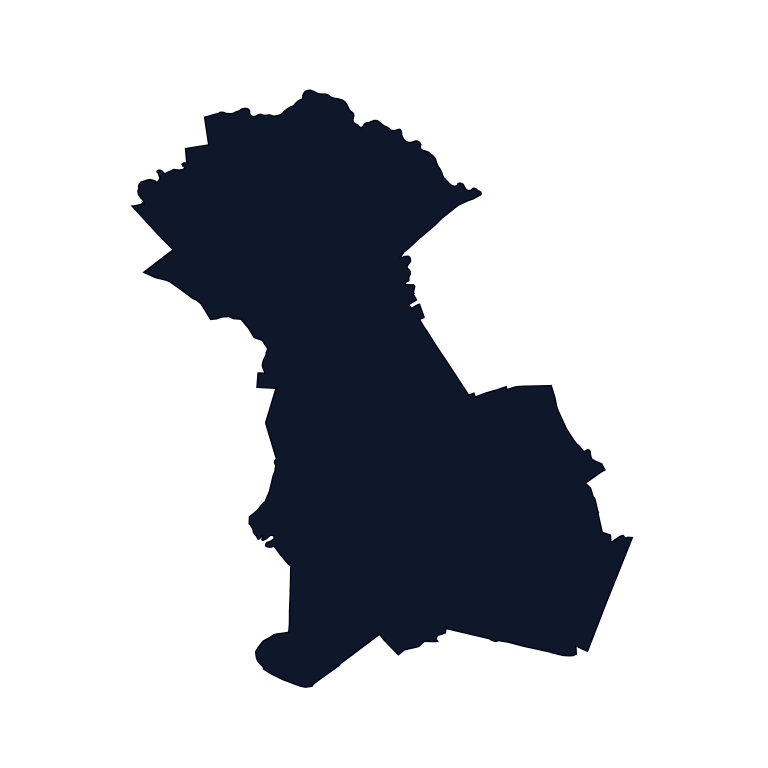 outline of Sintea Mare, Arad, Romania, rotated 169°
{"feature_id": "2599482B97863351949549", "entity_name": "Sintea Mare", "entity_type": "district", "adm_level": 2, "iso_a3": "ROU", "parent_name": "Romania", "parent_adm1": "Arad", "projection": "equal_earth", "projection_center": [21.626, 46.508], "detail": "fine", "context": "isolated", "style": "filled", "palette": "ink", "viewbox_px": 768, "rotation_deg": 169, "n_neighbors": 0, "source": "geoboundaries", "source_scale": "gbopen_adm2", "svg_char_len": 6162}
<svg xmlns="http://www.w3.org/2000/svg" viewBox="0 0 768 768"><g transform="rotate(169 384 384)"><path d="M400.5,686.5L403.4,686.6L405.4,686.2L406.7,685.2L407.7,684.1L408.6,682.6L408.8,681.2L409.8,679.2L412.7,678.7L414.1,678.3L417.4,676.2L418.9,674.9L419.8,674.4L421.3,673.9L423.0,673.8L426.5,672.4L430.7,670.1L432.0,668.9L433.9,668.1L435.2,667.9L439.3,667.8L441.3,667.9L442.5,668.5L444.3,669.7L446.3,670.1L449.1,670.3L450.5,670.5L451.8,671.1L453.2,672.1L454.7,672.3L456.5,672.1L458.7,671.2L461.3,671.4L462.7,672.2L463.6,673.2L464.3,675.1L463.9,678.3L464.7,679.5L465.4,680.2L467.3,680.9L468.5,681.1L470.9,681.1L474.6,679.6L477.4,679.3L479.3,678.6L481.8,678.4L484.4,678.9L487.6,679.7L489.3,681.0L490.5,681.5L493.1,681.9L495.0,681.0L498.4,681.0L505.3,680.3L509.2,680.1L510.4,652.2L510.6,652.1L533.9,652.9L535.4,638.4L538.2,639.2L539.6,638.8L540.3,638.2L540.0,637.8L540.0,637.2L539.7,636.1L538.8,635.7L538.1,633.9L538.7,633.5L540.8,632.9L544.4,633.0L549.1,634.6L550.5,634.4L553.6,633.5L555.3,633.3L556.5,632.9L557.7,632.3L559.0,632.4L559.8,632.8L561.1,635.1L563.1,636.7L564.1,636.8L565.7,636.4L566.4,635.6L565.3,633.9L565.0,630.9L564.5,628.9L565.6,627.5L567.6,625.5L568.1,624.8L569.1,625.6L569.7,626.8L572.2,628.2L574.4,629.2L577.1,629.4L584.1,628.5L586.1,626.9L587.1,625.1L587.4,622.5L588.7,620.4L588.9,616.9L588.0,615.3L587.2,613.1L585.4,610.4L585.3,608.7L585.2,607.0L586.1,607.7L586.0,607.4L588.5,606.6L594.6,606.4L597.3,606.7L577.8,575.0L565.3,555.9L573.9,551.8L598.4,539.5L588.4,532.3L577.5,527.3L574.5,525.1L564.6,514.7L555.4,504.5L551.9,502.1L548.2,497.6L541.8,480.5L535.8,480.0L530.3,480.8L523.6,479.9L519.1,476.9L511.9,474.9L508.3,468.1L506.4,465.0L502.9,455.3L502.3,454.3L495.3,450.2L494.7,449.7L493.8,446.5L491.7,442.2L491.5,440.4L492.7,438.5L493.6,437.4L494.0,435.4L498.1,429.8L499.8,425.9L499.9,424.0L499.5,421.6L498.6,417.3L505.5,418.8L509.3,405.0L490.1,400.3L491.9,398.3L507.4,368.8L507.5,367.3L503.9,331.1L504.3,330.5L505.4,329.9L506.2,328.7L506.5,327.6L505.8,324.7L506.1,323.3L507.0,321.4L507.6,319.2L510.0,315.7L516.7,300.8L523.4,290.8L525.2,290.2L532.8,283.9L537.8,281.1L541.4,279.2L543.0,272.4L542.3,271.8L540.5,267.2L540.3,266.1L540.5,263.7L539.5,260.8L538.3,259.3L537.6,257.2L537.5,256.2L537.1,255.8L536.5,255.7L535.9,255.9L533.7,257.6L532.9,257.8L532.5,257.7L532.3,257.3L532.4,256.7L533.0,255.9L533.5,254.8L533.4,254.3L533.0,253.8L532.5,253.7L529.5,254.5L528.1,255.1L526.3,256.3L524.9,256.9L524.2,257.1L523.0,257.0L522.0,256.6L521.4,256.0L521.1,255.1L521.1,253.8L521.5,253.0L522.5,252.4L525.3,251.3L528.9,250.7L529.8,250.2L530.5,249.4L531.0,248.2L530.9,247.6L530.4,246.9L529.3,246.3L527.7,245.8L526.5,245.5L525.3,245.5L523.8,245.8L522.8,245.7L517.5,234.7L512.4,225.9L510.1,223.3L510.8,220.3L514.8,201.6L515.7,198.6L515.6,197.8L519.9,179.7L522.6,166.3L524.8,158.7L526.2,158.5L527.8,158.5L537.2,159.0L539.9,158.9L542.8,157.5L551.2,154.8L551.8,154.5L557.7,149.4L560.7,146.1L561.0,145.3L561.2,144.1L561.4,140.4L561.2,137.7L560.2,134.8L558.7,132.4L556.4,129.1L556.3,127.9L556.7,127.4L555.4,126.0L550.0,121.0L539.6,113.1L523.9,103.5L519.2,101.5L517.1,101.3L512.2,101.1L511.2,102.5L505.6,105.4L481.2,116.6L480.9,117.5L436.2,139.2L434.0,135.3L433.2,133.4L421.6,115.5L414.7,119.2L400.2,119.7L395.2,122.8L393.4,123.7L383.3,121.5L380.5,121.3L381.7,123.3L381.6,123.8L379.6,127.2L374.8,127.4L372.7,128.0L371.3,128.0L369.8,132.2L329.1,113.9L328.0,112.6L326.1,111.3L323.4,110.0L322.6,110.0L321.0,110.3L320.0,110.2L317.2,109.1L311.7,107.1L297.2,100.1L271.9,89.2L270.4,88.2L260.2,83.5L254.1,81.9L250.5,81.4L246.7,82.2L245.9,89.2L245.3,90.1L235.3,82.8L207.3,127.4L169.6,185.8L174.3,187.0L175.6,186.6L176.7,186.6L178.1,189.6L179.6,189.6L181.4,189.3L190.5,185.5L191.2,185.9L191.4,186.8L190.7,191.1L190.6,192.5L198.1,196.8L198.7,216.8L198.1,217.0L198.4,218.3L199.0,231.4L200.3,233.5L201.1,242.2L205.3,248.3L187.7,256.2L183.6,257.5L185.5,263.9L192.2,268.6L194.5,270.8L194.9,274.7L194.6,278.8L195.2,280.0L196.5,280.6L200.8,279.4L204.8,286.6L206.0,287.8L208.2,291.9L213.5,305.2L218.1,324.1L218.8,328.7L218.9,338.3L220.2,350.5L220.6,350.5L247.3,355.1L253.3,355.9L256.1,356.0L264.6,355.0L264.5,358.0L274.9,356.6L284.9,355.8L297.0,353.8L297.5,357.8L303.1,356.8L303.1,357.1L316.8,390.6L326.3,413.3L331.8,427.7L333.3,430.8L336.5,439.5L336.9,440.7L332.5,441.5L332.0,441.8L332.0,442.3L334.0,455.5L336.1,455.2L342.5,453.1L344.7,457.2L336.0,460.4L338.2,466.5L337.3,467.1L337.6,468.5L335.2,474.0L335.9,475.6L343.4,477.2L344.1,478.2L344.2,479.3L342.9,479.9L340.4,480.6L339.8,481.4L339.5,483.3L339.0,484.7L337.1,487.0L336.9,488.6L337.1,490.5L339.1,493.5L338.9,495.3L334.6,499.3L334.3,501.4L334.6,503.5L335.9,504.8L339.3,505.2L343.6,504.4L343.9,505.1L339.1,510.0L336.2,511.2L322.0,520.0L303.8,530.2L295.7,535.7L277.3,545.3L266.5,548.0L260.9,548.8L259.0,549.5L252.8,551.4L252.2,552.8L252.5,553.9L253.8,555.2L255.3,555.8L255.9,557.5L257.9,558.9L259.3,559.0L261.6,557.5L264.5,557.8L265.6,558.5L266.4,559.3L267.2,561.4L268.2,564.7L269.2,565.8L271.0,566.6L271.9,566.8L273.2,566.4L274.4,564.7L277.0,564.5L279.4,565.7L281.8,568.2L283.8,571.7L285.7,574.6L286.3,575.1L286.3,576.0L286.6,576.9L287.2,581.7L288.0,584.1L289.1,586.6L289.7,588.2L289.9,589.8L290.2,590.8L290.6,594.6L291.0,596.2L292.8,599.0L293.8,600.0L294.7,601.4L296.6,603.4L301.9,606.3L302.6,607.2L303.1,608.0L303.2,609.4L303.0,610.7L302.2,612.0L302.8,614.0L304.1,615.5L305.2,616.3L306.9,616.5L309.9,616.0L311.5,615.9L314.3,616.6L316.2,617.9L317.1,619.1L318.0,620.5L318.6,622.5L319.2,625.3L318.8,627.9L318.9,629.1L319.3,630.2L319.9,630.9L321.9,631.1L323.6,630.7L324.7,630.7L327.3,631.1L328.7,631.8L331.1,634.7L332.2,635.6L334.4,637.1L336.5,639.3L338.3,641.6L340.3,643.7L341.2,644.0L342.9,644.5L346.8,644.0L348.0,643.5L351.3,643.7L352.7,643.3L354.4,642.0L355.5,640.9L356.3,640.4L357.0,640.1L357.8,640.1L358.5,640.4L359.4,641.3L360.5,643.6L362.3,644.6L363.7,646.2L364.2,648.0L364.2,649.5L362.5,653.0L362.5,655.0L363.1,656.4L364.1,657.3L365.4,659.1L366.0,660.6L366.8,664.1L367.4,666.0L368.5,668.3L370.5,670.5L374.2,672.4L377.2,673.5L379.4,674.5L381.5,675.8L382.5,676.8L383.3,678.0L386.1,679.6L389.9,680.5L392.8,681.3L394.7,682.5L396.0,683.7L398.5,685.4L400.5,686.5Z" fill="#0f172a" stroke="#020617" stroke-width="1.5"/></g></svg>